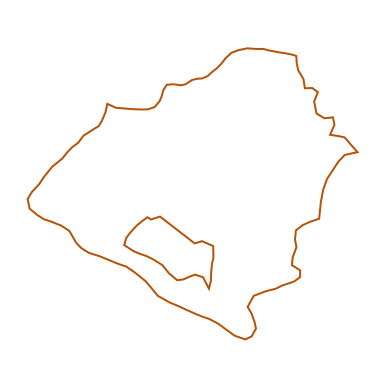 Trikomo, Cyprus, rotated 92°
{"feature_id": "46923920B71155103656071", "entity_name": "Trikomo", "entity_type": "district", "adm_level": 2, "iso_a3": "CYP", "parent_name": "Cyprus", "parent_adm1": "", "projection": "natural_earth1", "projection_center": [33.897, 35.288], "detail": "fine", "context": "isolated", "style": "outline", "palette": "amber", "viewbox_px": 384, "rotation_deg": 92, "n_neighbors": 0, "source": "geoboundaries", "source_scale": "gbopen_adm2", "svg_char_len": 1875}
<svg xmlns="http://www.w3.org/2000/svg" viewBox="0 0 384 384"><g transform="rotate(92 192 192)"><path d="M146.4,28.0L137.3,36.6L132.2,41.2L131.1,46.9L130.0,56.0L119.9,52.0L112.5,53.7L113.7,62.3L109.2,70.3L97.4,73.1L87.8,69.7L83.9,75.4L84.4,82.8L75.4,84.5L66.4,90.2L59.1,91.9L52.4,92.5L51.2,96.9L50.1,103.4L49.4,109.6L47.9,119.9L46.5,125.7L46.8,133.4L46.5,141.8L48.6,150.5L51.5,157.4L56.9,162.9L63.0,167.3L67.7,171.7L71.0,175.7L75.6,180.4L78.2,185.9L78.5,189.9L80.0,195.8L84.6,202.3L85.7,206.7L85.0,214.4L85.7,220.9L91.1,224.2L97.6,225.7L102.3,227.5L108.4,232.3L110.9,238.8L111.3,245.0L111.3,254.2L110.9,262.2L110.5,271.0L106.9,279.7L115.3,281.2L124.3,284.7L129.4,287.5L132.8,292.7L139.5,302.4L146.8,307.5L151.3,313.2L156.4,317.8L163.2,322.9L171.6,332.6L182.3,340.6L189.6,345.1L197.5,352.0L204.8,356.0L214.3,353.7L220.5,345.7L224.5,338.9L226.2,332.6L230.1,321.7L235.2,313.2L247.0,305.8L252.0,300.6L256.5,292.7L259.3,282.4L263.3,271.6L266.1,264.1L268.9,255.0L274.0,247.0L278.5,240.8L283.0,235.0L288.6,229.9L297.0,222.5L303.2,210.5L306.6,201.4L310.0,193.4L313.9,183.7L316.2,177.4L318.4,170.0L322.9,160.9L328.0,153.5L334.1,144.4L337.5,133.5L334.1,127.3L326.3,123.3L319.5,125.0L311.1,128.4L304.9,132.4L293.6,126.7L288.6,114.7L285.8,105.0L282.4,98.8L277.9,86.8L273.4,81.1L266.6,81.1L261.6,89.6L253.7,89.1L243.6,85.7L235.7,87.4L226.7,86.8L221.1,80.0L217.7,73.1L214.3,64.0L197.9,62.9L185.6,61.1L174.2,57.5L156.6,46.8L149.6,40.6L146.4,28.0ZM257.1,168.3L262.7,169.5L271.2,170.0L280.2,170.0L288.0,171.7L276.8,178.0L274.5,186.0L276.8,191.7L279.6,197.4L280.7,203.7L274.0,212.2L266.1,219.1L260.5,228.8L257.7,235.0L255.4,242.5L253.2,248.2L247.5,257.9L240.2,256.1L234.6,252.2L227.3,245.9L222.8,240.8L218.8,235.6L220.9,232.1L217.7,223.1L225.1,212.8L228.4,208.2L232.2,202.9L237.2,196.0L243.3,187.5L240.8,180.3L245.3,168.9L257.1,168.3Z" fill="none" stroke="#b45309" stroke-width="2"/></g></svg>